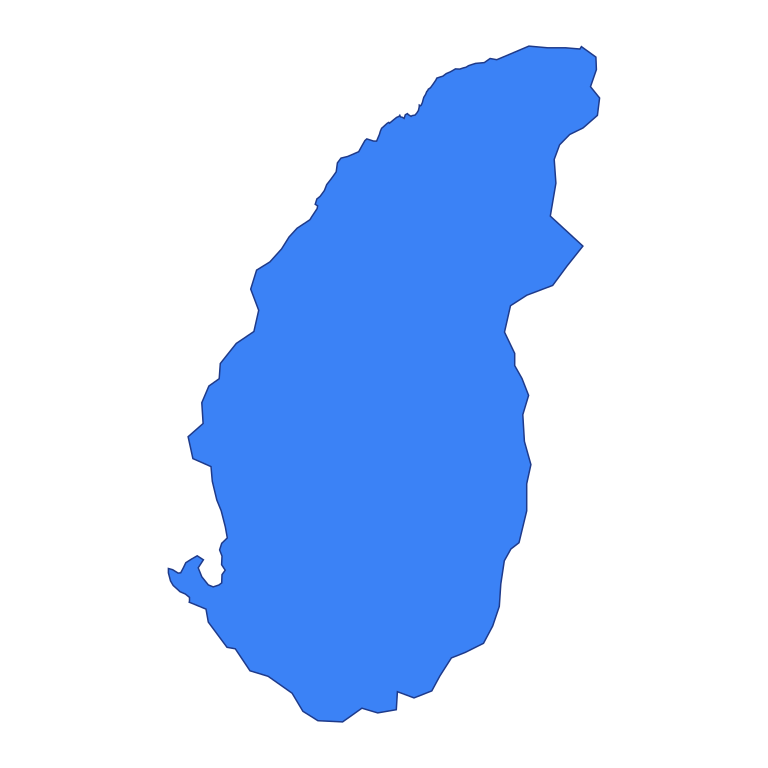 outline of Arsos Lemesou, Limassol, Cyprus
{"feature_id": "46923920B44205206050617", "entity_name": "Arsos Lemesou", "entity_type": "district", "adm_level": 2, "iso_a3": "CYP", "parent_name": "Cyprus", "parent_adm1": "Limassol", "projection": "natural_earth1", "projection_center": [32.763, 34.84], "detail": "fine", "context": "isolated", "style": "filled", "palette": "blue", "viewbox_px": 768, "rotation_deg": 0, "n_neighbors": 0, "source": "geoboundaries", "source_scale": "gbopen_adm2", "svg_char_len": 2328}
<svg xmlns="http://www.w3.org/2000/svg" viewBox="0 0 768 768"><path d="M311.1,217.7L310.8,218.4L309.8,219.8L297.1,228.2L289.1,236.9L281.6,248.9L269.9,261.9L256.6,270.1L250.7,289.1L258.7,310.3L253.9,331.5L236.3,343.4L220.3,363.5L219.2,378.7L208.9,386.0L201.8,402.7L203.1,423.5L188.1,436.7L192.9,458.6L211.0,466.6L212.3,481.3L216.8,500.0L221.2,510.8L225.3,526.8L227.3,537.9L221.7,543.3L219.6,549.9L222.0,556.1L221.6,564.7L225.2,570.2L222.0,574.6L221.7,582.9L218.9,585.0L213.2,586.9L208.3,584.9L201.8,576.8L198.2,567.8L203.4,559.8L197.2,555.8L191.6,559.0L185.8,562.7L183.2,568.1L180.7,572.8L178.1,573.1L172.7,569.7L168.4,568.5L168.4,572.9L170.5,580.9L173.2,585.5L176.9,588.8L180.0,591.7L185.3,594.0L189.5,597.4L189.5,601.1L189.2,602.2L206.0,609.1L208.3,622.1L227.0,647.3L235.3,648.8L250.0,670.8L268.1,676.3L292.1,693.2L302.9,711.3L317.9,720.7L342.6,721.9L361.9,708.2L377.7,712.9L396.3,709.7L397.4,691.7L414.0,697.9L431.8,690.9L439.9,675.9L451.4,657.9L465.3,652.4L483.5,643.3L485.2,640.1L492.7,626.0L499.3,606.4L500.8,584.0L504.3,560.8L510.9,549.0L519.0,542.7L526.7,510.9L526.7,483.8L530.9,464.6L524.4,441.4L522.8,414.7L528.6,395.4L522.0,378.5L514.7,365.6L514.7,353.4L504.5,332.1L510.5,305.7L526.8,295.2L552.7,285.4L567.2,265.8L582.9,246.1L550.3,216.1L555.9,183.2L554.2,159.4L559.6,144.8L569.7,134.5L583.1,127.9L597.4,115.4L599.6,98.0L590.5,86.7L596.4,69.6L596.1,61.9L595.9,57.1L581.4,46.6L579.9,49.0L565.5,47.8L547.7,47.8L528.9,46.1L496.8,59.7L490.1,58.5L484.3,62.6L475.5,63.4L472.0,64.5L468.5,65.7L466.1,67.2L463.0,68.0L459.7,69.1L455.4,68.9L452.9,70.4L450.2,71.9L446.2,73.6L442.8,76.2L440.1,77.0L436.8,78.1L435.9,80.0L434.9,81.5L432.9,84.4L430.5,87.7L428.3,89.2L427.7,90.5L426.7,91.6L425.6,94.4L423.8,97.3L423.1,99.7L422.4,102.5L421.2,105.2L420.5,105.8L419.3,105.1L419.2,107.0L418.4,110.5L416.9,112.9L415.0,115.1L412.1,115.6L411.1,116.4L408.3,114.6L407.4,113.6L405.3,114.8L404.1,118.4L402.3,117.3L400.5,116.9L399.8,115.3L399.0,116.4L396.6,117.4L393.6,119.8L389.5,123.2L388.8,122.4L387.2,123.3L381.6,128.3L380.4,131.1L379.4,134.5L376.6,141.1L373.7,141.1L366.8,138.9L364.9,140.6L361.9,145.9L358.7,151.7L347.6,156.5L341.0,158.1L337.4,162.9L336.2,171.8L333.4,175.8L330.6,179.6L326.7,184.6L324.4,190.5L320.1,196.4L316.9,198.9L315.2,204.3L317.6,205.8L317.2,208.5L311.1,217.7Z" fill="#3b82f6" stroke="#1e3a8a" stroke-width="1.5"/></svg>